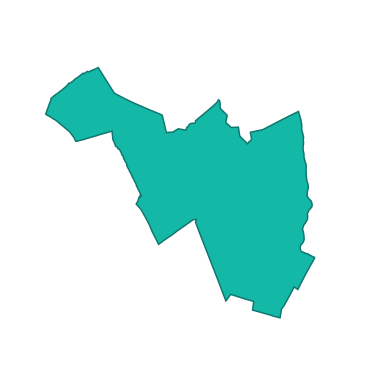 Boldur, Timis, Romania, rotated 76°
{"feature_id": "2599482B65945802034893", "entity_name": "Boldur", "entity_type": "district", "adm_level": 2, "iso_a3": "ROU", "parent_name": "Romania", "parent_adm1": "Timis", "projection": "equal_earth", "projection_center": [21.738, 45.676], "detail": "fine", "context": "isolated", "style": "filled", "palette": "teal", "viewbox_px": 384, "rotation_deg": 76, "n_neighbors": 0, "source": "geoboundaries", "source_scale": "gbopen_adm2", "svg_char_len": 5823}
<svg xmlns="http://www.w3.org/2000/svg" viewBox="0 0 384 384"><g transform="rotate(76 192 192)"><path d="M284.2,188.1L305.8,185.5L305.5,185.0L305.4,184.7L304.1,183.4L302.9,181.9L300.7,179.2L301.1,178.6L305.1,172.1L307.2,168.7L309.3,165.2L313.1,158.6L321.2,161.8L322.7,159.2L326.8,152.0L328.8,148.5L330.8,145.0L332.1,143.1L333.1,141.3L335.4,137.0L331.8,135.5L331.7,135.4L327.4,133.6L324.7,130.4L322.8,128.5L320.5,126.4L316.2,122.5L314.3,120.7L310.5,117.2L308.7,116.0L312.2,112.9L307.1,108.5L299.8,102.1L292.4,95.3L287.9,91.0L285.7,89.0L285.0,89.0L284.2,90.2L282.2,92.4L280.0,94.7L279.6,95.4L278.9,96.8L277.3,98.6L276.5,99.9L276.2,100.3L275.4,100.6L274.5,100.7L272.7,100.6L271.8,100.5L270.8,99.9L270.4,99.6L269.5,98.8L268.4,97.2L267.4,96.1L266.6,95.4L265.2,94.7L263.9,94.4L260.4,93.8L256.8,93.6L256.3,93.8L256.1,93.8L255.2,93.7L254.9,93.8L254.7,93.7L254.4,93.6L253.6,93.1L252.6,92.6L252.3,92.4L252.1,92.2L251.2,91.5L251.2,91.4L250.7,91.1L250.2,90.5L250.1,90.3L249.9,90.1L249.8,89.8L249.5,89.4L248.2,88.3L247.0,87.0L246.8,86.9L245.5,86.2L245.1,86.1L243.2,85.6L241.6,85.4L241.0,85.3L240.8,85.2L240.5,85.0L238.5,83.3L238.1,83.0L237.5,82.3L237.0,81.6L236.5,80.8L236.3,80.4L236.1,80.2L235.4,79.4L235.0,79.1L234.7,78.9L234.2,78.7L233.3,78.5L231.9,78.4L231.0,78.4L230.0,78.5L228.9,79.0L228.2,79.3L227.9,79.6L226.5,80.4L225.9,80.6L224.6,81.0L223.7,81.1L223.4,81.1L222.6,80.9L219.9,80.1L218.2,79.3L217.1,78.6L216.6,78.4L215.8,78.0L215.4,77.9L214.6,77.7L213.4,77.7L211.4,77.6L209.9,77.8L209.2,77.7L208.9,77.8L208.5,77.8L206.3,77.5L205.1,77.4L204.2,77.3L202.3,76.9L200.9,76.5L199.6,76.3L198.1,76.0L196.5,75.6L195.0,75.0L193.2,74.8L192.3,74.7L191.7,74.8L190.7,74.8L188.9,75.0L188.1,75.1L187.8,74.9L187.2,74.8L185.2,74.9L184.7,74.8L182.6,74.2L182.3,74.2L180.1,74.1L178.3,73.9L176.9,73.8L176.1,73.6L174.9,73.2L173.9,72.9L173.0,72.4L171.7,72.0L170.7,71.7L168.2,71.4L167.3,71.1L166.2,70.6L165.7,70.4L165.6,70.5L165.3,70.6L165.0,70.6L164.5,70.5L163.1,70.4L162.9,70.3L162.7,70.3L161.6,70.4L160.2,70.5L159.6,70.6L159.2,70.5L158.6,70.4L157.9,70.4L157.5,70.4L156.6,70.1L156.4,70.0L156.0,69.9L155.0,69.7L154.3,69.6L153.2,69.3L152.4,69.2L148.2,68.9L146.0,69.0L144.5,69.0L144.0,69.0L143.2,69.2L142.4,69.1L141.2,69.2L140.1,69.2L139.6,69.2L141.7,78.9L143.6,87.2L148.6,108.2L148.2,120.9L154.8,121.4L155.3,121.6L155.9,122.0L157.3,124.9L158.7,126.4L154.8,128.8L153.3,129.8L149.6,131.9L148.9,132.1L140.3,131.3L139.2,136.8L138.9,138.4L132.8,142.3L131.0,141.8L130.2,141.2L126.8,139.5L126.3,139.4L125.8,139.5L118.1,144.1L117.8,144.2L115.9,144.2L113.7,143.4L112.6,143.2L110.0,143.2L109.7,143.4L108.9,144.0L110.9,145.8L111.5,146.8L114.0,151.4L119.9,163.4L123.7,171.3L124.6,171.4L124.7,171.6L125.0,171.8L125.5,172.1L125.8,172.5L125.9,173.0L125.8,173.3L125.6,173.7L125.4,175.2L125.4,175.9L125.3,176.4L125.3,177.1L125.6,177.8L126.3,178.9L128.0,180.6L128.0,180.9L128.0,181.2L128.0,181.4L128.2,181.6L130.3,182.6L130.5,182.9L128.8,186.8L127.5,189.6L127.4,190.1L129.0,195.6L129.4,196.2L129.3,196.5L129.0,197.1L128.8,198.6L128.1,202.5L111.1,202.3L110.6,202.4L110.1,202.6L109.6,203.0L107.6,205.7L101.5,214.0L92.5,225.7L87.7,231.7L84.7,235.2L78.1,242.6L77.4,243.2L76.9,243.6L74.2,244.5L48.6,252.9L48.8,253.6L49.0,254.7L49.0,254.9L49.1,255.6L49.4,256.8L49.5,257.9L49.6,258.8L49.8,259.5L49.8,259.9L50.0,260.8L50.3,262.1L50.4,262.8L50.4,263.2L50.3,263.6L50.1,264.0L49.8,264.3L49.7,264.5L50.1,265.6L50.2,265.9L50.3,266.1L50.7,267.0L50.9,267.5L51.1,268.4L51.0,268.6L50.8,268.8L50.4,268.9L51.0,270.6L51.5,271.5L52.0,272.5L52.5,273.9L53.7,276.2L53.7,276.5L53.7,276.8L53.7,277.1L53.7,277.3L53.9,277.8L54.0,278.0L54.4,278.5L54.8,279.2L55.0,279.7L55.7,280.9L56.2,282.4L56.6,283.3L56.8,283.9L56.8,284.7L56.7,285.0L56.7,285.3L56.9,285.5L57.4,285.9L57.6,286.1L57.7,286.3L57.9,286.8L58.0,287.1L58.2,287.3L58.6,287.6L59.0,288.1L59.1,288.4L59.3,288.6L59.3,288.9L59.3,289.0L61.0,292.4L61.1,292.6L61.5,293.3L61.6,293.6L61.8,294.0L62.1,294.8L62.4,295.7L63.7,298.6L64.2,299.5L64.3,300.2L64.7,301.0L65.2,302.5L65.7,303.3L66.5,304.9L67.1,305.8L67.1,306.1L67.5,306.1L70.7,308.1L71.1,308.5L72.5,309.4L72.8,309.7L73.5,310.0L74.9,311.0L77.2,312.6L78.8,313.6L81.0,315.1L81.7,314.6L82.8,313.6L83.5,312.7L84.0,312.1L86.0,310.2L87.1,309.2L87.6,308.8L88.8,307.4L90.0,306.4L90.3,306.2L90.8,305.7L92.2,304.7L93.1,304.2L96.7,301.4L97.4,301.0L98.4,300.2L99.9,299.1L100.8,298.5L101.9,297.7L102.7,297.0L104.7,295.8L109.4,293.9L111.3,293.2L112.3,292.9L113.4,292.9L114.1,292.7L114.8,292.4L114.9,290.2L114.8,287.3L114.9,285.1L114.6,280.8L114.6,280.1L114.4,276.2L114.5,275.4L114.3,274.0L114.4,272.8L114.0,267.6L113.8,261.1L113.9,260.4L113.8,260.1L113.6,256.1L113.6,254.9L122.4,256.1L124.5,255.5L126.7,255.3L128.0,255.0L129.1,255.1L129.8,254.4L130.1,253.9L130.7,253.5L131.0,253.5L131.3,253.4L131.7,253.5L132.0,253.4L132.4,253.1L132.6,252.7L132.7,252.3L132.8,252.1L133.6,251.9L134.4,251.8L136.6,251.2L137.8,251.0L138.2,251.0L138.7,251.2L139.1,250.8L139.4,250.6L139.9,250.4L141.5,250.2L141.9,250.3L143.7,250.0L145.7,249.5L147.4,249.0L149.2,248.6L149.9,248.8L150.4,248.9L150.9,248.8L151.4,248.7L153.1,248.4L155.5,247.7L156.7,247.6L157.3,247.5L158.5,247.1L162.5,246.2L162.8,246.4L163.1,246.3L164.5,245.7L166.2,245.4L167.6,245.2L171.4,244.2L171.8,244.5L172.7,244.3L176.1,243.6L180.1,242.7L182.8,242.3L182.6,242.5L182.4,242.7L182.5,243.0L182.9,243.3L183.3,243.3L183.8,242.9L184.2,242.8L184.4,243.0L184.1,244.0L184.1,244.4L184.2,244.7L184.4,244.8L185.0,244.9L185.3,245.2L185.6,245.6L185.8,245.7L186.1,245.7L186.5,245.7L190.3,249.1L192.6,247.8L196.4,245.8L197.0,245.5L197.9,245.3L203.4,243.9L204.2,243.6L208.5,242.5L212.7,241.6L213.5,241.3L215.2,241.0L216.0,241.0L218.6,240.6L221.5,240.1L229.7,238.2L230.6,238.0L234.7,237.0L233.0,232.9L231.8,230.1L229.2,222.8L226.6,216.7L224.7,212.0L223.1,207.6L219.1,197.5L219.6,194.7L222.5,195.9L242.0,193.5L284.2,188.1Z" fill="#14b8a6" stroke="#0f766e" stroke-width="1.5"/></g></svg>